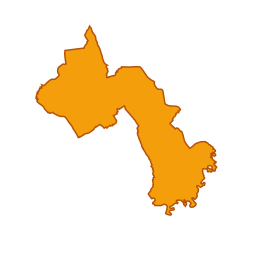 the district of Khu Mueang, Buri Ram, Thailand, rotated 140°
{"feature_id": "78962969B7360435516944", "entity_name": "Khu Mueang", "entity_type": "district", "adm_level": 2, "iso_a3": "THA", "parent_name": "Thailand", "parent_adm1": "Buri Ram", "projection": "robinson", "projection_center": [103.038, 15.283], "detail": "fine", "context": "isolated", "style": "filled", "palette": "amber", "viewbox_px": 256, "rotation_deg": 140, "n_neighbors": 0, "source": "geoboundaries", "source_scale": "gbopen_adm2", "svg_char_len": 5752}
<svg xmlns="http://www.w3.org/2000/svg" viewBox="0 0 256 256"><g transform="rotate(140 128 128)"><path d="M171.4,156.0L172.2,152.7L171.1,152.6L171.1,152.0L166.2,151.2L166.1,151.6L165.3,151.5L163.8,150.6L161.2,149.4L155.7,148.9L152.1,149.8L151.9,149.3L147.0,148.6L146.9,146.8L146.4,145.1L146.4,143.2L144.1,142.8L144.2,141.5L140.3,141.7L140.1,140.7L139.2,140.5L138.3,139.7L137.6,140.5L137.3,139.9L134.3,139.5L132.5,140.4L132.1,140.9L131.2,146.8L127.2,145.9L126.6,147.4L125.2,146.9L124.3,149.6L123.4,149.2L122.9,148.8L122.9,148.5L122.5,148.4L122.5,147.9L116.6,147.3L117.4,144.4L117.9,144.4L117.6,132.2L117.8,131.0L117.6,130.0L118.5,123.4L118.5,122.6L121.1,122.1L121.3,120.8L121.7,120.8L122.6,118.7L122.9,118.7L122.9,118.1L124.0,118.2L124.6,117.3L125.4,115.5L125.8,113.6L126.2,113.3L128.4,106.3L129.2,105.0L129.6,103.5L129.4,103.4L129.6,102.4L129.9,102.5L130.4,98.5L131.0,95.8L130.9,92.6L131.8,90.4L131.6,89.5L133.7,83.9L135.0,83.8L134.7,81.0L135.8,80.7L136.1,78.5L137.4,78.0L137.8,77.3L138.6,76.7L138.9,76.2L138.7,74.7L139.2,74.2L139.3,73.4L140.6,73.7L141.1,72.7L141.9,72.4L142.4,72.6L144.7,68.8L145.0,68.4L145.4,68.4L145.4,68.1L145.9,67.6L147.2,66.9L149.5,66.4L151.6,65.1L153.1,65.1L153.6,64.7L154.5,64.6L155.0,64.0L155.3,58.7L155.2,58.4L154.3,58.4L153.4,57.9L153.1,57.3L153.2,56.0L153.8,55.0L156.7,54.9L157.6,54.4L157.7,53.9L157.2,53.7L156.8,52.7L157.3,51.4L152.9,47.6L149.3,46.3L148.5,45.3L148.1,44.2L148.2,43.2L148.8,42.1L151.2,40.2L154.0,38.4L153.8,37.2L152.0,34.5L150.9,33.8L150.2,34.0L150.0,34.7L150.3,36.8L150.0,37.4L149.4,37.7L148.3,37.6L146.7,36.5L145.5,35.8L144.8,36.0L144.4,37.5L144.8,38.0L146.1,38.2L146.8,39.0L147.1,39.9L146.6,40.7L146.1,40.7L144.0,40.1L141.0,40.1L139.6,39.8L139.1,39.5L139.0,38.5L138.4,38.3L137.8,38.8L137.9,40.9L137.5,41.2L137.0,41.2L135.0,39.7L133.8,38.2L133.7,34.4L134.5,33.5L134.4,31.2L133.6,31.6L132.8,31.5L131.5,32.7L131.4,33.2L132.5,34.4L132.7,35.1L131.8,36.6L131.0,36.9L130.8,36.3L131.1,35.4L131.0,34.9L130.4,34.2L128.8,33.4L128.3,32.4L128.0,30.5L128.3,29.7L129.7,29.3L130.7,28.7L131.0,28.0L130.9,27.3L130.4,26.6L129.0,25.6L126.3,25.2L125.2,25.6L124.5,26.4L124.7,28.7L124.4,30.5L124.6,31.8L124.3,33.0L123.7,33.2L123.0,32.6L122.7,30.7L122.3,30.3L120.7,30.5L118.9,31.2L117.3,33.6L115.0,34.2L113.7,35.4L113.2,36.2L113.2,38.3L112.7,39.2L111.9,39.2L111.5,39.0L110.9,36.7L110.2,35.8L107.6,35.7L106.3,35.0L104.7,36.1L104.4,36.7L104.6,37.3L105.2,37.5L107.0,37.4L107.5,38.0L107.6,39.1L104.1,40.3L102.3,40.1L101.7,40.2L101.4,40.9L101.4,41.8L100.5,42.8L100.0,44.6L99.0,46.5L97.3,48.5L96.2,48.2L95.2,46.9L93.6,46.1L93.5,45.7L94.3,45.0L94.4,44.2L95.0,43.8L95.1,43.4L94.8,42.9L93.2,42.3L92.8,41.0L92.3,40.8L91.0,40.9L90.5,42.4L90.5,42.8L91.2,43.3L91.8,44.8L92.3,45.3L92.2,46.9L91.6,47.4L89.6,46.9L88.5,44.9L88.6,43.9L90.0,42.7L89.9,41.9L90.1,40.1L89.8,39.6L88.6,39.3L87.6,40.4L85.3,41.0L85.1,41.5L85.5,42.2L85.2,43.5L85.7,44.4L85.6,44.9L84.7,45.5L83.8,45.0L83.0,44.9L82.5,45.2L82.3,45.6L82.5,46.2L83.3,46.6L82.9,48.0L83.3,48.7L83.4,50.0L82.4,51.2L82.4,51.5L83.5,52.1L83.6,52.5L82.0,53.1L81.3,54.6L80.9,55.0L79.6,54.7L78.9,55.0L78.6,54.3L78.7,54.0L80.7,53.4L80.7,51.9L79.6,50.7L78.3,50.8L77.8,51.9L78.2,53.0L78.0,53.5L77.4,54.0L76.2,53.9L75.5,54.7L75.6,56.5L76.5,57.1L75.5,57.8L75.3,59.1L75.9,60.5L76.1,62.4L76.7,63.5L76.6,65.1L77.4,67.0L77.3,67.5L78.8,68.9L81.2,70.7L85.2,72.2L86.8,72.6L90.7,72.4L93.8,72.8L93.7,78.1L93.4,80.6L93.0,82.0L90.2,87.7L89.1,90.8L90.0,92.1L89.8,95.3L90.5,96.5L91.3,96.9L92.4,97.0L92.4,99.3L92.7,99.5L93.0,104.4L92.1,104.8L91.3,104.6L88.7,105.0L88.4,105.9L87.8,106.0L87.4,106.5L85.8,106.8L84.1,106.8L82.5,107.5L82.4,108.1L81.3,108.2L79.3,107.3L78.9,108.6L78.5,108.0L76.9,108.1L76.8,108.5L75.9,108.6L75.8,111.1L76.2,112.3L77.2,113.9L80.0,116.3L82.4,118.8L83.5,120.8L84.0,122.9L77.3,134.2L77.3,135.4L77.5,136.1L80.1,138.6L80.3,139.4L80.3,142.6L79.2,145.4L78.9,145.8L78.2,146.1L78.1,146.4L78.3,147.5L79.3,149.6L80.2,153.5L80.3,154.8L79.5,162.8L79.3,166.1L79.9,167.5L80.7,168.4L84.9,171.7L87.0,173.0L87.5,173.7L88.6,174.5L93.7,179.0L94.3,178.3L97.2,179.2L97.9,178.8L98.9,178.9L99.9,177.7L100.2,178.1L100.2,178.7L101.1,178.2L101.8,178.5L103.0,177.0L104.5,176.8L105.5,177.4L106.0,177.4L106.6,178.1L107.1,178.1L107.5,178.5L108.6,178.7L109.5,179.4L110.0,179.2L110.5,179.3L110.6,179.7L111.7,180.0L111.8,180.7L110.7,181.5L109.9,183.2L109.1,183.2L108.2,183.8L107.1,184.0L106.2,186.2L105.8,186.2L105.6,187.2L105.7,188.0L105.4,188.5L105.4,188.8L104.3,189.6L103.9,189.7L103.5,189.5L104.3,191.7L104.2,193.8L103.0,197.1L101.4,200.1L100.1,203.6L99.0,205.9L98.0,209.7L97.8,211.5L96.6,213.2L95.9,216.2L94.2,218.8L93.8,221.1L93.6,224.3L92.0,228.7L92.0,230.8L94.4,229.3L96.7,229.1L99.4,227.7L101.4,227.0L102.1,224.8L102.4,220.6L104.0,220.4L105.3,219.2L108.7,218.5L110.2,217.4L126.4,227.9L129.1,225.2L134.4,217.0L135.1,217.0L136.3,218.4L137.1,218.8L141.4,219.1L143.1,218.8L144.1,218.1L145.9,216.1L146.7,212.9L147.4,212.3L152.0,212.2L153.1,212.7L155.1,214.3L157.1,214.8L161.2,214.8L164.9,214.4L165.2,215.0L165.6,215.2L166.3,216.5L166.6,215.6L167.9,215.2L167.9,214.8L168.5,215.1L168.8,215.5L169.1,214.9L169.3,215.4L169.5,215.2L169.3,214.8L169.7,215.0L170.2,214.7L170.5,215.0L171.2,214.4L172.1,214.1L172.1,213.8L172.8,214.1L173.1,213.7L174.0,213.8L174.4,212.9L174.8,213.1L174.7,212.7L174.8,212.4L175.1,212.5L175.3,212.3L175.6,212.7L177.1,211.9L177.6,210.8L177.8,210.5L178.2,210.7L178.1,210.0L178.5,209.7L178.9,209.8L178.6,209.0L179.4,209.3L179.4,208.9L179.6,208.1L179.3,207.8L179.7,207.8L180.0,207.4L179.8,207.1L180.7,206.6L180.4,204.1L179.9,202.5L179.1,198.9L179.6,196.0L179.4,191.2L178.8,191.0L178.7,189.7L175.6,188.3L175.7,187.8L175.3,186.5L173.5,182.2L171.9,179.9L170.1,178.5L169.5,177.6L169.0,175.8L169.6,170.6L169.8,165.3L170.6,162.3L170.7,160.3L171.4,156.0Z" fill="#f59e0b" stroke="#b45309" stroke-width="1.5"/></g></svg>